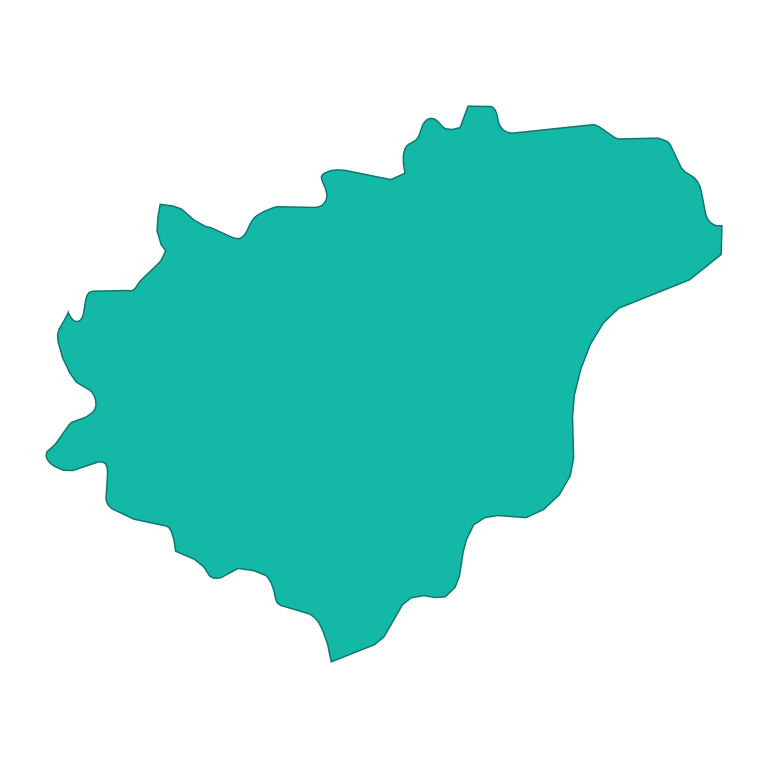 map outline of Zlínský (Albers equal-area conic projection)
{"feature_id": "CZE-10371", "entity_name": "Zlínský", "entity_type": "Region", "adm_level": 1, "iso_a3": "CZE", "parent_name": "Czechia", "parent_adm1": "", "projection": "albers", "projection_center": [17.624, 49.185], "detail": "fine", "context": "isolated", "style": "filled", "palette": "teal", "viewbox_px": 768, "rotation_deg": 0, "n_neighbors": 0, "source": "natural_earth", "source_scale": "10m", "svg_char_len": 2517}
<svg xmlns="http://www.w3.org/2000/svg" viewBox="0 0 768 768"><path d="M708.9,264.3L689.5,279.8L618.7,308.2L603.2,323.1L590.6,343.9L580.9,368.7L574.3,395.3L572.5,417.1L572.7,421.9L573.6,458.1L570.2,475.9L559.3,494.7L543.7,509.4L526.1,517.6L497.6,515.5L484.8,517.6L473.7,524.8L466.7,539.0L463.4,551.0L459.4,576.1L455.1,587.2L445.3,596.8L435.2,597.5L423.9,595.6L410.9,597.9L402.3,605.0L384.0,636.8L374.6,644.6L331.3,661.8L327.4,643.5L322.2,629.1L318.8,622.7L314.6,617.5L309.6,614.0L280.7,605.4L277.3,602.9L275.7,599.3L274.0,590.9L271.4,583.4L267.9,577.5L265.9,575.5L253.7,570.6L238.0,568.4L221.1,577.6L217.0,578.3L213.0,577.9L209.6,575.9L203.9,567.0L194.4,559.3L175.6,551.2L173.9,539.6L171.2,531.0L169.2,527.9L166.7,526.1L133.9,519.2L112.1,508.8L109.2,506.2L107.1,503.1L106.0,498.8L107.6,473.7L107.2,468.2L105.8,464.1L102.8,462.1L98.8,461.8L72.9,470.5L63.7,470.3L54.0,466.1L50.0,462.9L47.2,459.3L46.1,455.5L47.1,451.6L55.2,444.4L69.1,424.8L71.7,422.3L86.0,417.1L92.7,412.4L94.9,409.2L96.0,405.2L95.7,400.5L94.3,396.1L92.5,392.8L90.3,390.5L76.4,382.2L69.7,372.7L62.6,357.6L58.1,341.7L57.6,334.9L58.9,329.7L67.7,314.1L68.2,312.3L68.7,313.6L71.1,317.8L72.7,319.8L74.8,321.2L77.1,321.6L79.8,320.7L82.0,318.1L83.4,314.2L85.8,299.3L87.2,295.1L89.6,292.2L93.3,291.2L127.7,290.5L129.9,290.9L131.6,290.8L134.0,289.6L135.7,287.7L138.2,283.8L141.1,280.1L159.2,262.8L161.0,260.5L165.8,250.8L161.3,245.0L157.1,231.2L157.9,217.3L160.2,204.3L170.1,205.7L173.3,206.1L181.5,209.1L194.4,220.3L205.5,226.5L210.2,227.4L232.8,237.7L238.2,238.8L241.4,237.7L244.6,234.8L247.3,230.3L249.7,224.9L252.3,220.4L254.5,217.6L257.2,215.4L264.0,211.5L273.1,207.8L277.2,206.7L314.8,207.5L318.5,206.9L321.7,205.6L324.0,203.3L325.7,200.9L326.8,197.5L326.8,193.9L325.5,188.7L322.1,180.6L321.3,177.3L322.3,174.9L324.2,173.3L330.6,170.7L336.6,169.9L344.6,170.3L390.9,179.6L405.0,173.2L403.5,164.5L403.3,156.6L403.9,152.6L405.0,148.9L406.6,146.2L408.5,144.4L415.1,140.7L417.2,138.7L419.1,135.5L422.4,125.7L424.6,122.0L427.1,119.7L429.8,118.5L432.6,118.5L435.4,119.5L438.0,121.6L443.0,127.3L446.0,128.9L452.5,129.5L460.2,127.5L468.0,106.2L491.1,106.5L493.3,107.8L495.1,110.0L496.6,113.4L498.8,123.4L500.9,127.4L503.8,130.4L507.5,132.3L512.0,133.2L593.9,124.6L598.9,126.6L614.8,137.7L618.4,139.0L658.3,138.1L667.4,141.5L670.1,144.4L681.2,167.8L684.8,171.8L693.9,177.4L697.2,181.2L699.6,185.7L701.2,190.9L705.6,214.0L707.5,218.9L710.1,222.3L713.1,224.4L716.1,225.7L721.9,225.7L721.2,254.4L708.9,264.3Z" fill="#14b8a6" stroke="#0f766e" stroke-width="1.5"/></svg>